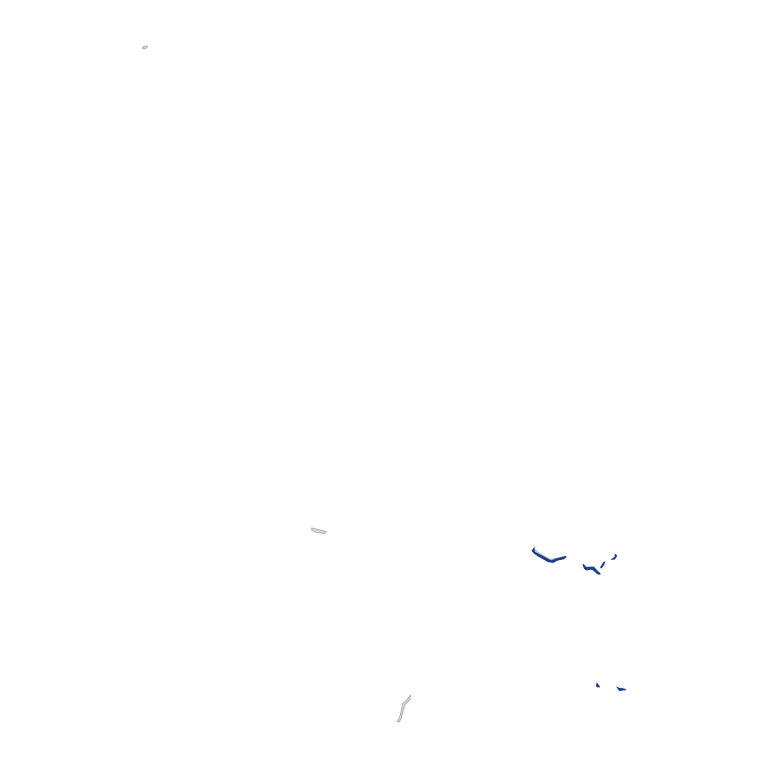 location of Ratak Chain within Marshall Islands
{"feature_id": "MHL-4969", "entity_name": "Ratak Chain", "entity_type": "state/province", "adm_level": 1, "iso_a3": "MHL", "parent_name": "Marshall Islands", "parent_adm1": "", "projection": "equal_earth", "projection_center": [171.288, 10.331], "detail": "fine", "context": "in_parent", "style": "filled", "palette": "blue", "viewbox_px": 768, "rotation_deg": 0, "n_neighbors": 0, "source": "natural_earth", "source_scale": "10m", "svg_char_len": 1648}
<svg xmlns="http://www.w3.org/2000/svg" viewBox="0 0 768 768"><path d="M538.7,553.0L550.4,559.5L566.1,556.4L563.6,558.4L557.7,560.2L553.9,561.8L551.2,561.8L548.1,561.2L538.1,556.6L532.5,550.7L533.9,548.8L538.7,553.0ZM401.2,718.1L399.3,721.9L397.0,721.7L399.0,718.8L400.4,714.8L402.7,703.6L407.3,699.5L410.5,694.9L409.8,699.7L404.7,704.8L401.2,718.1ZM583.3,564.3L586.8,567.1L593.7,566.9L600.1,573.8L597.6,573.4L594.1,570.4L590.9,569.2L586.7,569.5L584.7,568.4L583.3,564.3ZM326.0,531.5L324.7,533.4L315.7,532.3L311.5,529.8L311.9,528.0L319.0,529.8L326.0,531.5ZM146.5,48.0L144.1,48.9L142.3,48.0L143.6,46.4L146.3,46.1L147.4,46.5L146.5,48.0Z" fill="#d9dde1" stroke="#a8b0b8" stroke-width="1"/><path d="M566.1,556.6L563.6,558.5L556.7,559.9L553.8,561.9L551.2,561.9L548.1,561.3L534.9,553.4L532.5,550.9L533.9,548.9L533.9,550.1L534.1,550.9L534.5,552.3L550.4,560.9L551.4,560.9L553.9,560.2L555.9,559.3L566.1,556.6ZM600.1,574.0L597.6,573.5L593.7,569.6L591.0,568.8L586.7,569.7L584.7,568.5L583.3,564.5L584.2,566.1L585.2,567.3L586.4,567.9L592.5,567.5L593.8,567.9L597.9,572.4L600.1,574.0ZM625.7,689.8L623.7,689.5L621.4,690.1L619.4,690.1L618.1,688.1L618.3,688.2L618.9,688.5L619.8,688.8L622.5,688.9L625.7,689.8ZM597.1,683.8L597.5,684.3L597.8,685.0L598.8,686.1L599.0,686.6L598.4,686.6L597.4,686.6L596.9,686.1L596.8,685.2L597.1,683.8ZM603.4,563.5L603.6,563.1L603.7,562.8L603.9,562.6L604.2,562.5L603.6,564.2L602.8,565.6L601.9,566.9L600.8,568.0L601.3,566.8L603.4,563.5ZM614.4,558.0L615.1,557.2L615.5,556.3L615.5,555.5L614.9,554.6L616.2,555.5L615.7,557.3L614.3,558.8L612.7,559.0L613.1,558.6L613.5,558.4L614.4,558.0Z" fill="#3b82f6" stroke="#1e3a8a" stroke-width="1.5"/></svg>